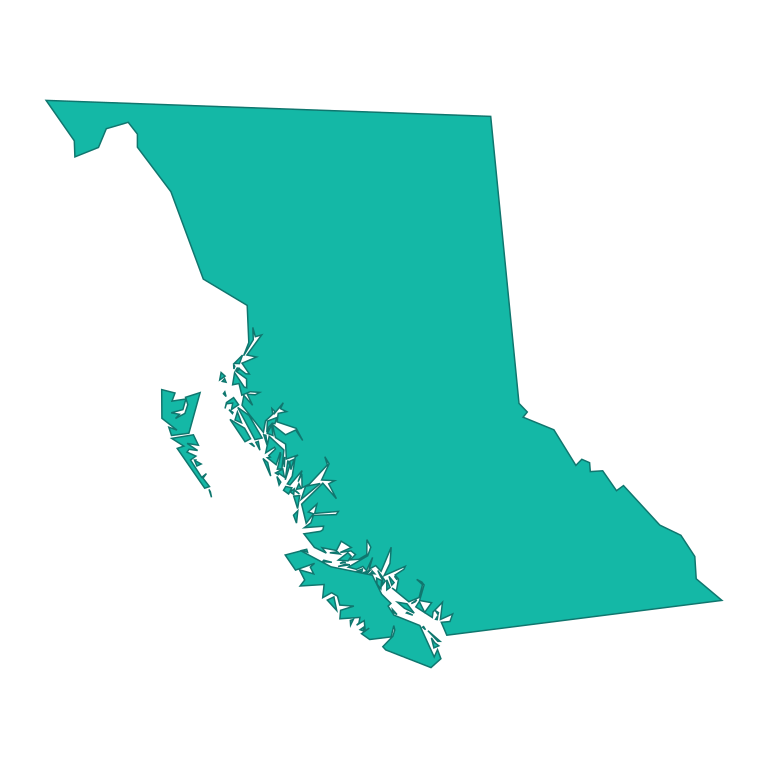 British Columbia, Albers equal-area conic projection
{"feature_id": "CAN-633", "entity_name": "British Columbia", "entity_type": "Province", "adm_level": 1, "iso_a3": "CAN", "parent_name": "Canada", "parent_adm1": "", "projection": "albers", "projection_center": [-126.982, 54.153], "detail": "fine", "context": "isolated", "style": "filled", "palette": "teal", "viewbox_px": 768, "rotation_deg": 0, "n_neighbors": 0, "source": "natural_earth", "source_scale": "10m", "svg_char_len": 6189}
<svg xmlns="http://www.w3.org/2000/svg" viewBox="0 0 768 768"><path d="M721.9,600.4L446.8,635.2L441.3,622.3L450.0,621.5L452.7,613.9L440.4,619.5L442.5,602.2L433.0,612.0L432.3,617.5L415.8,606.9L419.3,601.5L424.7,612.4L431.6,602.7L419.6,600.5L424.1,584.9L421.8,582.0L416.7,579.4L422.5,584.6L419.1,597.5L408.9,601.8L392.0,588.0L396.4,591.0L398.5,579.1L395.1,575.0L403.9,569.3L405.3,566.3L384.1,575.6L390.0,563.4L391.2,547.2L381.1,571.3L375.7,565.6L369.2,569.1L372.6,557.4L366.5,570.6L362.9,566.4L356.4,569.3L348.3,567.2L367.7,555.8L370.8,547.2L366.9,539.6L366.8,554.6L358.8,559.3L350.2,559.9L355.5,554.5L351.0,550.9L340.3,552.4L351.3,547.5L341.2,541.2L336.5,550.5L322.1,547.7L326.3,553.1L314.4,547.4L303.9,533.8L320.5,531.3L322.9,529.7L323.6,526.2L304.3,527.7L310.9,522.8L313.4,515.4L336.3,514.6L338.4,511.4L314.7,513.4L316.9,504.1L308.3,512.0L313.5,513.8L306.2,523.3L301.6,504.2L322.8,483.2L336.4,498.7L328.7,483.8L334.6,480.7L321.6,480.0L329.1,463.8L324.8,456.7L327.4,464.9L309.4,484.1L302.1,487.7L301.8,473.9L298.1,481.7L302.1,470.6L290.0,484.9L287.3,483.9L292.2,476.3L295.2,457.0L298.1,455.0L286.4,459.0L285.6,444.1L275.5,437.6L272.4,424.5L285.5,434.8L295.7,430.0L302.7,440.5L296.2,428.3L277.1,421.9L278.2,413.4L286.5,411.6L280.5,408.7L283.3,402.7L273.8,414.3L274.6,411.1L271.9,408.5L272.7,414.2L265.5,420.8L263.4,432.3L242.0,405.2L243.9,395.5L252.6,405.3L247.3,394.2L255.2,394.8L259.7,392.4L250.1,391.7L241.8,395.2L239.0,383.5L232.6,384.8L234.6,372.7L244.2,387.0L246.7,387.8L246.5,378.8L236.2,371.3L240.0,369.3L245.8,373.8L249.4,374.0L242.0,363.2L256.5,357.0L246.9,355.0L261.7,334.9L255.3,336.7L252.8,327.4L253.3,339.7L243.6,355.7L248.8,342.5L247.2,305.4L203.3,279.1L170.9,191.7L137.4,147.2L137.4,134.1L128.2,122.3L106.3,128.7L98.5,147.4L74.9,156.9L74.3,140.8L46.1,100.4L490.7,116.4L519.0,403.4L527.3,412.0L523.1,417.2L553.9,429.8L575.9,465.4L581.8,459.3L589.6,462.7L590.3,471.6L602.7,470.8L616.5,490.7L623.5,485.6L659.8,525.1L680.9,535.3L694.8,556.5L696.2,578.8L721.9,600.4ZM440.9,658.7L431.0,667.6L385.7,649.9L382.8,646.7L392.9,636.2L394.8,630.0L393.8,625.6L391.1,636.9L369.7,639.5L361.5,633.7L369.3,628.1L365.2,630.9L364.2,620.6L356.6,625.2L358.9,623.0L360.0,617.4L339.9,618.8L340.6,610.3L353.9,606.1L339.8,605.1L337.5,596.2L331.6,592.7L322.7,597.7L324.1,584.5L300.1,586.0L304.7,580.0L299.5,569.8L313.7,573.9L310.3,567.1L314.6,563.3L295.5,570.1L285.2,555.0L301.0,550.9L331.0,566.8L372.3,575.2L381.7,594.3L390.9,603.4L388.1,606.1L393.9,615.1L419.8,625.5L434.2,657.0L437.5,649.7L440.9,658.7ZM171.5,435.5L168.8,427.2L177.0,430.1L161.9,418.3L161.7,389.6L175.0,393.0L172.0,401.1L185.9,399.0L182.9,409.6L171.2,412.8L179.5,414.3L175.5,418.5L184.9,413.4L187.8,404.6L185.5,397.3L200.1,392.6L188.9,433.2L171.5,435.5ZM209.5,486.6L204.7,488.2L177.2,448.4L183.8,446.1L171.7,438.4L193.4,434.8L198.4,445.2L187.1,443.4L197.6,450.5L189.0,449.3L187.0,452.1L195.9,456.1L190.5,460.0L201.7,477.4L206.4,473.6L203.0,478.2L209.5,486.6ZM276.1,464.7L267.3,457.7L270.3,457.1L268.8,455.5L275.5,449.0L274.5,447.3L265.7,452.8L269.2,436.3L283.9,450.0L281.9,468.9L277.3,469.2L280.7,454.7L280.3,452.2L276.1,464.7ZM237.8,407.5L249.0,415.4L262.1,438.0L254.9,439.6L237.8,407.5ZM250.6,438.8L245.0,441.7L230.0,419.4L244.6,428.2L250.6,438.8ZM305.6,486.3L320.2,483.5L301.1,499.4L305.6,486.3ZM333.9,596.9L336.7,610.5L327.3,600.1L333.9,596.9ZM232.7,403.1L226.4,403.8L225.0,408.5L226.5,402.5L233.6,397.6L238.6,404.7L231.5,409.5L232.7,403.1ZM297.6,508.5L293.7,496.2L299.7,495.6L297.6,508.5ZM267.7,462.5L270.7,476.1L263.0,458.5L267.7,462.5ZM297.8,510.8L296.5,523.1L293.5,515.2L297.8,510.8ZM289.8,465.6L285.3,479.8L287.8,460.5L289.8,465.6ZM266.8,432.4L267.4,421.1L276.7,417.6L274.9,423.7L272.3,423.2L269.0,426.7L266.8,432.4ZM338.3,560.1L347.9,552.7L351.2,556.3L348.0,560.9L338.3,560.1ZM397.4,602.2L407.0,603.8L414.2,613.1L404.4,608.2L397.4,602.2ZM235.0,420.0L237.4,412.0L241.5,422.8L235.0,420.0ZM282.8,469.0L284.4,477.2L278.8,473.3L278.2,474.7L275.5,473.0L282.8,469.0ZM267.2,445.5L263.7,434.8L265.9,435.3L267.2,445.5ZM380.2,575.8L377.8,570.5L385.3,581.1L382.5,584.9L382.6,579.9L380.2,575.8ZM239.4,363.6L234.2,363.4L242.5,355.1L239.4,363.6ZM271.7,425.1L273.0,435.5L267.3,433.4L271.7,425.1ZM380.9,588.9L377.1,584.2L376.6,578.1L381.6,580.6L380.9,588.9ZM221.1,372.5L225.1,376.1L219.7,379.9L221.1,372.5ZM276.9,476.5L280.8,482.1L279.1,485.0L276.9,476.5ZM291.9,487.8L288.6,494.0L283.5,490.3L285.7,486.5L291.9,487.8ZM258.3,441.4L259.9,450.2L255.8,442.3L258.3,441.4ZM438.8,645.8L433.9,647.9L431.4,637.9L434.7,642.7L438.8,645.8ZM194.4,460.0L195.7,460.0L195.2,460.7L201.2,464.0L196.9,466.0L194.4,460.0ZM296.4,489.3L298.9,483.8L301.1,488.5L296.4,489.3ZM353.3,619.5L350.6,625.1L350.3,620.4L353.3,619.5ZM391.8,585.1L389.0,576.4L394.1,582.6L391.8,585.1ZM293.7,494.4L290.1,491.9L294.3,488.8L293.7,494.4ZM209.0,489.4L210.4,491.9L211.5,497.3L209.0,489.4ZM386.8,589.9L386.8,579.8L390.1,587.4L386.8,589.9ZM345.7,564.2L349.9,564.8L338.1,566.5L345.7,564.2ZM290.9,469.6L289.7,461.3L294.0,459.3L290.9,469.6ZM296.2,491.1L299.4,494.0L294.9,490.8L296.2,491.1ZM339.9,554.0L329.8,552.8L337.5,551.8L339.9,554.0ZM372.2,571.0L374.8,573.8L370.3,573.4L371.6,572.3L372.2,571.0ZM394.8,576.8L394.7,576.2L397.1,579.9L394.8,576.8ZM233.9,369.0L233.6,364.4L234.8,366.3L233.9,369.0ZM437.8,641.3L427.9,630.7L440.1,641.3L437.8,641.3ZM284.3,467.1L283.7,461.8L284.8,456.9L284.3,467.1ZM370.1,570.4L367.5,573.3L363.1,572.7L370.1,570.4ZM360.1,629.7L363.6,627.2L363.6,631.1L360.1,629.7ZM323.8,560.2L331.9,562.3L322.5,561.6L323.8,560.2ZM362.4,569.0L361.9,572.1L357.7,570.8L362.4,569.0ZM415.2,601.8L411.3,603.6L416.8,599.9L415.2,601.8ZM438.0,614.6L435.5,610.7L438.5,612.6L438.0,614.6ZM224.8,391.8L226.1,396.5L223.4,393.7L224.8,391.8ZM407.1,612.3L412.8,615.2L406.4,613.0L407.1,612.3ZM302.4,550.3L306.7,549.3L307.6,552.3L302.4,550.3ZM232.4,413.6L229.0,409.7L233.0,412.4L232.4,413.6ZM237.2,368.0L239.9,368.4L236.2,369.7L237.2,368.0ZM251.8,443.4L254.6,446.7L250.4,443.7L251.8,443.4ZM222.3,381.4L224.6,378.7L226.0,382.2L222.3,381.4ZM423.6,626.6L425.5,629.7L422.5,627.2L423.6,626.6ZM342.6,562.1L345.8,562.5L340.0,563.3L342.6,562.1ZM392.4,609.3L397.0,614.5L392.8,612.0L392.4,609.3ZM437.8,615.8L437.2,619.6L435.6,619.3L437.8,615.8Z" fill="#14b8a6" stroke="#0f766e" stroke-width="1.5"/></svg>